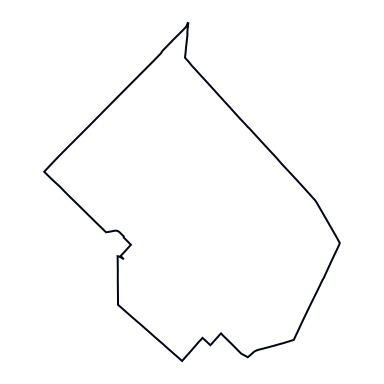 Pesac, Timis, Romania (Mercator projection)
{"feature_id": "2599482B87731626232566", "entity_name": "Pesac", "entity_type": "district", "adm_level": 2, "iso_a3": "ROU", "parent_name": "Romania", "parent_adm1": "Timis", "projection": "mercator", "projection_center": [20.847, 45.978], "detail": "fine", "context": "isolated", "style": "outline", "palette": "ink", "viewbox_px": 384, "rotation_deg": 0, "n_neighbors": 0, "source": "geoboundaries", "source_scale": "gbopen_adm2", "svg_char_len": 2750}
<svg xmlns="http://www.w3.org/2000/svg" viewBox="0 0 384 384"><path d="M182.1,361.0L183.9,358.9L190.6,351.4L199.5,341.1L200.6,340.1L202.5,337.9L206.7,341.7L210.3,345.2L211.9,343.6L214.4,340.7L216.6,338.3L219.5,335.0L221.0,333.4L222.7,335.2L228.2,340.6L232.8,345.1L237.8,350.2L240.6,353.0L241.3,353.7L245.4,355.9L247.8,357.2L248.7,356.5L250.1,355.3L253.8,352.0L254.3,351.6L255.2,351.1L256.9,350.3L257.6,350.1L258.9,349.7L260.3,349.3L263.6,348.5L269.3,347.0L275.2,345.4L278.3,344.5L283.8,343.0L288.3,341.6L293.1,340.1L293.6,340.0L293.8,339.8L294.0,339.5L296.3,334.5L298.4,330.1L299.9,326.8L304.1,317.9L305.8,314.4L308.5,308.8L311.3,303.0L315.9,293.7L317.1,291.3L320.2,284.9L322.6,279.8L323.7,278.1L324.1,277.3L325.1,275.0L329.5,265.4L333.1,257.6L335.3,253.0L338.9,245.4L339.8,243.0L337.4,238.6L333.9,232.5L329.0,224.0L324.1,215.5L322.0,211.8L320.2,208.7L316.3,202.0L315.0,200.2L311.7,196.5L310.7,195.4L305.4,189.5L299.4,182.9L291.8,174.7L287.2,169.8L281.0,163.1L276.0,157.3L271.4,152.4L265.0,145.5L248.5,127.5L248.3,127.3L248.1,127.2L247.9,127.2L246.8,125.9L245.3,124.2L243.5,122.3L242.6,121.3L240.8,119.5L239.1,117.6L237.7,116.1L237.4,115.8L236.1,114.3L233.0,110.9L231.5,109.2L229.9,107.4L228.3,105.7L226.6,103.8L225.1,102.2L219.4,95.9L219.0,95.5L217.3,93.6L215.7,91.8L214.0,89.9L212.4,88.2L210.9,86.5L209.2,84.7L209.0,84.4L208.8,84.2L207.8,83.1L200.5,75.2L197.6,72.0L196.7,71.0L196.3,70.5L194.6,68.7L194.4,68.5L192.3,66.2L191.4,65.2L189.8,63.2L188.8,61.9L186.6,59.5L185.0,57.7L185.2,55.7L185.5,53.4L185.7,51.4L185.9,49.1L186.1,46.9L186.4,44.6L186.6,42.6L186.8,40.3L186.9,40.1L186.9,39.8L187.0,39.2L187.1,38.0L187.2,36.5L187.3,36.2L187.5,33.9L187.3,33.6L187.5,30.1L187.7,27.5L188.1,26.8L187.9,26.1L188.1,24.8L188.3,23.2L187.8,23.0L186.9,25.0L186.4,26.2L185.8,27.1L183.5,29.6L172.7,40.3L165.0,48.3L162.7,50.6L160.7,53.6L159.6,54.7L153.5,61.0L125.6,89.0L112.9,101.8L105.5,109.3L100.9,114.0L98.8,116.1L96.3,118.6L91.1,123.9L87.8,127.2L75.8,139.2L69.4,145.6L57.9,157.2L49.0,166.6L44.2,171.8L48.7,176.2L52.9,180.3L54.1,181.4L59.6,186.4L63.5,190.4L68.9,195.9L72.3,199.2L81.5,208.2L89.0,215.6L95.8,222.3L98.6,225.0L106.1,232.3L109.2,231.8L114.9,230.7L115.7,230.7L116.3,230.7L116.9,230.8L117.5,231.0L117.8,231.1L118.1,231.2L118.8,231.6L119.9,232.6L120.9,233.6L123.8,236.4L123.7,237.5L127.0,240.8L130.9,244.8L126.8,249.3L124.3,252.1L120.7,255.9L123.8,259.4L123.0,258.7L121.9,257.9L120.2,257.1L118.7,256.4L117.6,256.2L117.7,260.6L117.8,269.8L117.8,280.3L117.9,290.3L118.0,300.2L118.0,304.8L119.3,305.9L121.5,307.8L126.2,312.0L130.9,316.1L136.3,320.8L139.5,323.5L146.0,329.2L148.6,331.5L152.9,335.3L156.5,338.5L162.1,343.3L165.3,346.2L168.4,349.0L171.8,351.9L173.1,353.1L178.2,357.5L181.0,360.0L182.1,361.0Z" fill="none" stroke="#020617" stroke-width="2"/></svg>